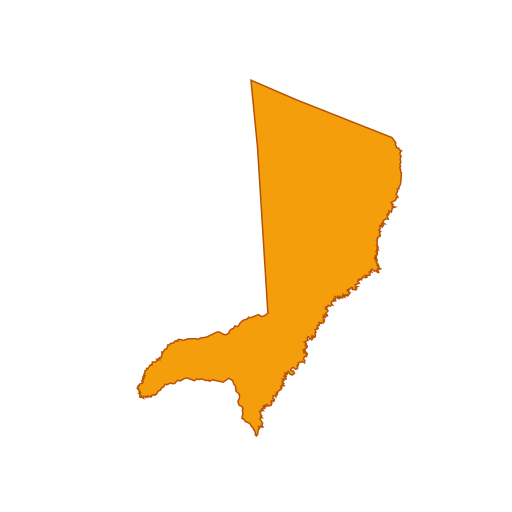 the district of Papunaua(cor. Departamental), Vaupés, Colombia, rotated 139°
{"feature_id": "7082276B69012408325747", "entity_name": "Papunaua(cor. Departamental)", "entity_type": "district", "adm_level": 2, "iso_a3": "COL", "parent_name": "Colombia", "parent_adm1": "Vaupés", "projection": "robinson", "projection_center": [-70.32, 1.617], "detail": "fine", "context": "isolated", "style": "filled", "palette": "amber", "viewbox_px": 512, "rotation_deg": 139, "n_neighbors": 0, "source": "geoboundaries", "source_scale": "gbopen_adm2", "svg_char_len": 6151}
<svg xmlns="http://www.w3.org/2000/svg" viewBox="0 0 512 512"><g transform="rotate(139 256 256)"><path d="M144.5,392.0L183.5,337.1L284.5,205.1L288.8,205.3L291.7,206.7L292.5,210.1L300.9,213.1L301.6,214.6L304.3,214.3L307.7,215.9L312.0,215.9L315.4,214.7L316.6,215.1L317.9,217.1L320.5,216.1L323.0,217.0L325.6,216.7L326.9,215.5L329.4,216.0L331.5,217.2L333.6,222.7L335.3,224.2L346.5,227.2L352.0,230.7L354.3,231.0L355.7,233.1L361.8,238.2L365.8,239.7L368.8,243.7L370.4,244.1L370.9,243.0L372.9,245.0L375.4,244.4L377.6,246.0L380.1,245.9L381.2,246.8L382.6,245.2L384.9,244.7L386.2,245.4L388.9,244.4L390.2,245.4L391.0,243.8L393.9,241.7L395.3,242.5L396.0,241.5L396.0,242.4L397.0,242.6L397.7,242.0L398.3,242.6L398.1,241.7L399.0,242.4L399.3,241.9L401.5,242.0L403.8,244.0L405.3,242.6L406.4,242.8L406.3,242.1L408.0,243.0L411.5,241.9L412.3,242.9L413.0,242.0L415.4,242.1L416.8,240.3L417.6,240.5L418.9,239.6L418.3,238.8L419.1,238.8L419.3,237.9L420.3,238.9L421.0,237.6L421.2,238.3L422.4,237.4L422.2,236.8L423.5,236.8L423.5,235.9L424.0,236.2L423.9,235.3L424.7,235.4L425.0,234.5L428.1,235.7L429.1,234.8L430.0,235.4L431.1,234.8L431.6,233.2L432.4,233.9L432.5,231.4L433.6,229.6L432.6,229.8L432.7,228.8L434.6,229.0L434.0,228.1L436.1,226.1L434.7,225.7L436.3,224.9L435.1,224.9L434.1,222.3L432.9,223.9L431.3,222.1L431.8,221.6L430.3,221.5L430.2,220.6L429.5,221.3L429.0,220.0L427.5,219.1L427.7,218.5L427.1,218.4L427.0,219.3L425.3,219.2L423.7,217.2L422.8,217.7L422.0,217.0L418.2,218.2L416.1,217.4L414.4,218.3L411.3,217.9L408.6,218.9L407.9,217.4L403.7,216.2L403.0,214.6L401.0,213.1L398.0,213.7L396.3,213.2L395.1,211.4L390.1,210.4L388.0,209.0L384.2,202.2L381.3,202.1L380.3,200.3L377.7,199.0L375.4,194.7L373.3,193.5L373.4,192.0L370.2,191.2L363.5,182.3L356.7,181.6L355.4,177.3L356.9,173.6L356.8,171.4L359.8,167.0L359.2,162.9L361.1,160.0L365.1,158.1L365.8,156.7L366.6,154.1L365.5,152.2L365.7,149.4L367.0,149.2L368.8,146.2L373.2,142.7L372.2,141.1L372.6,138.1L370.6,134.0L371.3,129.9L370.9,128.3L371.8,126.7L371.3,126.1L373.1,121.7L373.8,121.6L373.8,120.0L372.1,120.1L368.7,123.1L366.7,123.6L366.0,125.2L365.7,124.0L364.2,124.6L363.8,122.9L362.9,122.4L362.7,124.2L360.7,125.5L359.9,130.2L358.9,131.1L357.6,129.9L357.8,132.1L357.2,131.1L356.4,131.7L356.7,133.2L355.6,134.3L355.2,136.2L354.3,135.5L352.7,136.6L353.0,135.5L351.9,134.5L351.9,136.1L350.3,136.3L349.4,135.3L349.0,136.4L349.5,137.6L348.9,137.9L347.7,135.8L347.2,136.1L347.5,137.4L346.3,137.4L346.2,136.0L344.8,136.3L345.3,134.8L342.6,133.4L340.8,134.3L340.3,136.3L338.5,136.6L338.6,134.8L337.2,134.8L336.1,135.8L336.6,137.7L334.6,139.3L333.7,138.5L333.5,136.6L330.5,139.2L330.7,137.7L328.8,139.1L326.0,139.4L325.0,138.7L324.3,139.6L323.0,139.4L322.8,141.5L319.8,139.7L320.2,142.1L318.7,141.6L318.6,144.1L316.6,143.7L316.7,145.4L316.1,144.6L314.8,144.6L314.2,143.4L313.3,144.5L313.8,146.9L312.8,146.9L312.0,145.7L311.2,148.5L310.1,146.5L309.5,147.8L307.6,147.7L308.4,146.8L307.5,146.1L307.8,144.5L306.8,142.4L303.9,142.2L303.2,144.7L304.6,146.0L304.6,146.9L304.1,147.6L302.0,147.8L301.0,147.5L300.5,144.7L298.8,143.8L297.7,144.5L297.0,146.4L296.4,145.7L295.0,146.2L294.6,147.5L293.1,147.4L292.0,146.3L290.4,146.1L289.5,143.5L287.8,145.1L287.6,147.5L285.0,148.2L283.9,147.0L281.5,148.5L281.4,149.7L282.5,149.0L282.0,150.5L283.4,151.8L282.2,153.1L281.9,151.9L281.3,151.8L280.7,152.8L281.7,153.3L281.8,154.3L278.2,153.3L276.4,154.3L276.3,155.1L277.5,154.4L277.8,155.4L276.9,155.5L276.8,156.9L275.4,157.1L276.0,159.4L272.0,158.2L271.5,160.3L269.7,161.0L269.3,160.3L270.0,158.0L268.9,157.7L268.9,156.1L266.5,156.9L267.2,157.9L266.4,159.0L265.3,158.1L265.2,156.3L264.6,156.1L263.3,156.8L262.1,159.2L260.9,159.0L259.7,161.7L257.8,160.7L257.0,161.7L256.5,160.8L255.5,163.2L254.5,163.3L253.9,162.3L253.6,163.2L252.3,163.2L252.0,164.4L251.1,163.8L251.0,162.5L249.1,161.4L247.8,161.7L247.5,163.0L246.8,162.4L246.0,163.4L246.1,164.9L245.1,165.8L244.3,164.7L244.1,166.4L243.3,164.7L241.2,164.0L240.8,165.0L242.2,166.7L237.7,167.3L237.2,169.3L238.2,170.1L236.6,170.6L237.5,171.2L237.3,171.9L234.9,170.6L233.9,171.5L232.8,169.4L231.2,169.6L230.4,168.7L230.2,170.7L229.0,172.1L226.3,170.6L226.6,171.8L225.6,172.5L225.8,170.6L225.1,170.1L223.0,173.5L221.9,170.3L220.8,171.9L220.5,170.8L219.4,170.9L219.5,169.4L220.7,169.7L220.8,169.1L219.1,169.0L218.3,167.7L217.5,169.0L216.4,167.3L216.5,168.9L215.6,169.8L215.9,168.2L214.4,168.2L215.2,167.3L213.6,166.9L213.2,166.0L212.5,166.9L212.1,165.8L209.0,166.6L209.8,168.0L209.6,170.4L208.6,170.3L208.5,169.1L207.4,169.9L206.1,169.2L204.9,169.9L203.9,168.6L205.2,167.4L202.5,164.7L201.5,165.4L202.2,166.3L201.7,167.0L199.6,166.3L200.7,167.6L200.0,169.2L195.9,167.7L195.8,170.2L194.5,171.2L193.7,169.9L192.5,170.6L192.0,168.8L189.5,170.2L187.3,167.6L185.9,167.3L186.4,169.7L182.6,166.8L181.2,168.2L181.2,169.5L179.8,169.3L179.1,167.9L178.5,169.8L177.7,170.3L176.8,169.3L176.6,166.8L174.8,166.3L175.1,163.9L174.2,163.1L172.8,166.5L171.7,166.0L171.2,164.7L170.3,164.7L171.5,166.9L169.9,167.5L170.4,168.4L169.6,169.2L170.3,169.6L169.3,169.9L169.6,171.8L168.2,174.2L167.8,172.9L166.8,174.2L167.3,176.0L168.1,175.7L168.2,176.3L165.6,178.0L165.4,177.4L166.4,176.8L166.0,176.2L163.7,178.2L163.4,177.7L162.2,178.9L162.6,180.3L161.6,179.8L160.7,181.4L159.8,180.4L159.6,182.3L158.9,183.0L158.3,182.2L157.8,183.6L157.4,183.1L158.2,185.0L157.1,185.2L153.2,189.4L152.5,188.8L152.9,189.6L152.1,190.3L149.6,189.5L149.4,190.1L150.1,190.5L148.3,190.2L147.7,192.7L146.4,193.1L145.7,192.1L146.4,194.9L144.2,195.1L142.9,197.7L142.1,197.5L141.7,195.0L139.7,195.6L140.6,197.1L139.7,198.1L137.8,196.0L138.2,198.0L136.6,199.1L133.4,198.8L132.1,197.1L130.4,201.0L129.2,201.4L129.1,200.5L128.6,201.1L127.7,200.6L126.2,202.7L125.0,200.3L121.7,202.8L118.8,201.6L120.5,204.2L119.7,205.3L118.9,204.9L119.0,207.7L114.2,206.7L113.4,206.7L112.6,207.9L110.3,207.2L109.8,210.6L106.3,212.2L105.5,213.9L103.9,213.0L103.7,213.8L100.1,215.3L97.7,217.3L91.5,223.6L91.5,225.0L90.1,226.4L89.6,228.3L88.2,228.7L87.3,230.8L85.4,231.6L83.1,235.0L81.0,236.1L81.0,237.6L79.4,239.6L77.3,239.9L78.1,242.4L77.5,243.9L78.9,245.5L77.9,247.3L77.9,248.6L76.2,249.7L75.7,256.1L122.9,347.1L144.5,392.0Z" fill="#f59e0b" stroke="#b45309" stroke-width="1.5"/></g></svg>